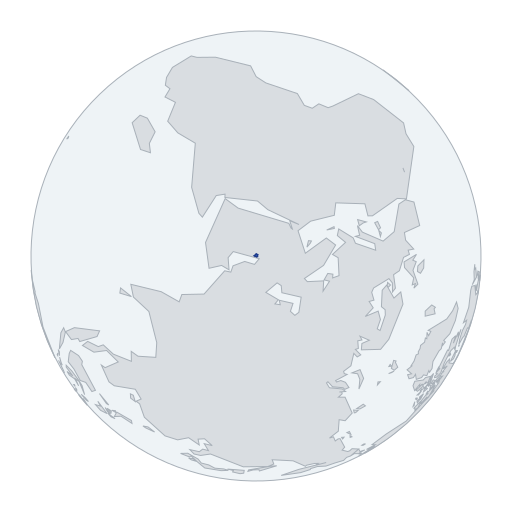 globe centered on Al Ahmadi, rotated 136°
{"feature_id": "KWT-1665", "entity_name": "Al Ahmadi", "entity_type": "Province", "adm_level": 1, "iso_a3": "KWT", "parent_name": "Kuwait", "parent_adm1": "", "projection": "orthographic", "projection_center": [48.089, 28.9], "detail": "coarse", "context": "on_globe", "style": "filled", "palette": "blue", "viewbox_px": 512, "rotation_deg": 136, "n_neighbors": 0, "source": "natural_earth", "source_scale": "10m", "svg_char_len": 10846}
<svg xmlns="http://www.w3.org/2000/svg" viewBox="0 0 512 512"><g transform="rotate(136 256 256)"><circle cx="256" cy="256" r="225" fill="#eef3f6" stroke="#a8b0b8"/><path d="M280.5,32.1L284.7,32.6L291.0,33.5L294.1,34.0L290.7,33.5L299.5,35.0L306.2,36.4L305.4,36.2L314.7,38.5L313.4,38.3L317.1,39.6L314.7,39.4L304.1,36.9L302.3,36.9L309.0,38.7L310.8,40.1L301.3,37.4L303.5,39.7L286.1,37.5L262.5,32.9L251.0,33.8L222.1,35.4L223.0,36.0L212.6,37.9L209.7,39.5L205.2,40.0L206.8,41.0L211.5,40.4L213.8,40.7L212.6,41.8L206.5,42.3L206.3,41.9L203.9,42.6L201.4,42.5L201.9,43.2L194.7,44.1L199.9,45.0L192.6,47.2L188.4,47.4L191.4,45.0L189.0,41.8L185.7,42.3L178.0,44.9L157.9,53.9L153.1,55.9L144.8,60.3L146.2,59.9L153.2,56.4L153.8,57.4L162.3,53.7L163.8,53.8L171.5,51.5L167.5,54.5L159.5,58.9L152.8,61.2L149.1,63.5L153.1,63.9L138.6,71.3L125.2,82.3L121.7,84.4L119.1,82.7L124.8,75.5L121.4,75.8L120.7,78.7L112.1,84.7L109.5,87.2L108.3,89.0L110.4,88.1L106.9,91.0L106.2,88.7L109.4,85.9L109.6,86.5L112.2,83.5L111.7,83.0L107.4,86.7L108.0,86.2L121.1,75.5L135.0,65.9L149.6,57.4L164.8,50.0L180.5,43.7L196.7,38.7L213.1,34.8L229.8,32.2L246.7,30.9L263.6,30.8L280.5,32.1ZM31.1,268.6L31.1,269.6L33.3,287.4L35.0,299.5L35.4,301.7L32.6,285.2L31.1,268.6ZM318.0,39.8L319.9,40.3L321.1,40.8L318.0,39.8ZM173.2,50.1L172.4,50.8L171.4,50.8L173.2,50.1ZM177.4,48.6L176.8,48.1L178.7,47.4L179.0,47.7L177.4,48.6ZM318.5,41.1L319.7,42.1L316.6,40.6L318.5,41.1ZM177.6,49.4L182.1,46.2L185.4,44.9L189.4,45.1L177.6,49.4ZM319.3,42.4L322.5,45.5L326.9,46.5L316.2,45.8L317.0,43.1L312.4,40.9L317.0,42.3L319.3,42.4ZM213.6,39.7L208.5,40.4L213.9,38.9L213.6,39.7ZM216.4,38.7L229.7,34.7L236.6,34.6L230.7,35.8L240.6,35.3L237.4,37.1L231.3,37.9L227.5,37.4L229.2,38.6L216.4,38.7ZM309.7,45.2L308.9,45.8L307.7,44.8L309.7,45.2ZM215.1,40.8L217.2,39.8L223.3,39.6L220.3,41.6L219.3,41.0L215.1,40.8ZM244.7,34.4L248.7,34.9L247.2,36.4L248.6,36.9L237.9,37.2L244.7,34.4ZM217.3,41.6L218.6,42.6L214.6,43.8L213.5,41.8L217.3,41.6ZM226.2,38.8L228.9,38.8L226.4,39.4L226.2,38.8ZM201.1,49.4L203.4,47.8L206.8,47.5L201.1,49.4ZM219.4,43.0L220.7,42.6L222.3,42.4L222.3,43.4L219.4,43.0ZM237.6,38.5L236.2,39.2L241.9,38.4L241.0,39.8L234.1,39.9L236.7,40.5L236.4,41.0L231.1,40.6L237.6,38.5ZM227.2,43.9L218.0,45.1L212.9,47.9L209.8,48.2L218.5,43.7L227.2,43.9ZM229.9,41.9L227.5,43.2L224.8,42.7L224.8,41.6L229.9,41.9ZM242.9,40.9L246.1,38.6L247.5,38.7L242.9,40.9ZM226.2,44.8L228.4,44.5L226.2,45.0L226.2,44.8ZM238.4,42.1L239.3,41.2L240.9,41.3L238.4,42.1ZM232.1,44.9L229.2,45.2L229.1,44.3L232.1,44.9ZM235.4,43.7L237.4,44.1L230.8,43.9L235.6,43.2L235.4,43.7ZM239.8,42.4L241.0,42.2L239.1,42.8L239.8,42.4ZM234.2,48.3L226.0,48.2L225.8,46.2L233.8,46.5L234.2,48.3ZM62.7,286.8L57.4,249.2L63.2,239.7L66.4,225.1L108.1,192.6L114.4,199.3L144.3,204.0L147.6,207.1L141.4,217.9L161.7,238.8L171.4,230.9L192.5,243.1L208.2,245.0L218.6,223.7L192.9,220.1L191.1,208.6L213.9,202.3L236.8,206.2L236.9,201.9L224.6,191.1L232.2,184.1L220.6,186.8L223.6,191.5L216.5,193.6L213.3,189.5L216.1,187.0L209.9,184.2L198.1,197.7L199.9,204.0L182.1,203.6L183.3,214.2L177.7,218.0L173.5,201.5L175.6,196.1L165.9,177.0L162.0,182.4L170.9,201.1L167.1,198.9L161.9,207.4L162.9,199.3L154.2,178.4L139.7,177.5L117.1,194.1L109.5,192.7L104.9,185.1L117.1,164.2L132.9,169.8L137.4,163.4L137.7,151.4L142.5,154.5L144.5,150.6L150.8,152.5L163.1,145.8L170.0,147.0L178.1,136.0L182.8,135.3L176.6,141.9L176.1,147.4L193.6,151.3L198.0,149.5L201.8,142.3L206.2,144.7L207.7,137.3L219.4,136.6L206.4,131.5L210.6,123.9L219.4,119.4L218.5,116.2L204.0,123.7L200.4,127.7L201.0,132.4L189.0,143.7L182.3,144.3L186.0,129.9L176.8,129.6L183.7,119.3L218.4,103.8L231.2,102.3L245.4,115.3L240.6,119.5L233.0,116.7L236.9,126.1L238.1,122.0L241.7,124.3L246.6,118.4L249.4,119.8L249.3,112.1L253.3,113.1L253.3,118.0L264.0,111.1L273.1,112.2L274.2,110.1L272.7,107.5L285.3,111.1L285.6,109.4L281.5,107.5L279.4,103.0L280.5,96.8L284.8,98.4L284.9,100.8L291.8,108.8L291.6,115.6L293.5,115.7L294.7,110.2L286.3,100.4L285.7,96.3L290.5,100.3L288.7,98.5L289.8,97.0L294.8,97.2L290.0,92.6L295.9,76.2L306.3,75.6L309.9,80.5L318.5,72.8L329.6,74.0L325.9,72.1L327.5,67.9L324.0,67.4L322.4,66.2L325.0,56.9L328.9,56.5L325.8,51.6L323.9,50.8L320.8,50.7L316.2,45.8L326.9,46.5L330.7,48.2L334.9,48.1L343.0,52.3L351.6,56.3L358.1,61.9L364.4,65.1L365.3,64.7L374.4,69.2L390.3,80.7L373.5,72.8L349.0,58.7L358.7,64.2L355.3,63.6L358.1,66.2L365.0,70.4L366.5,70.4L371.6,82.9L385.9,98.2L387.7,94.0L393.7,96.3L411.6,113.2L426.3,145.2L434.4,151.0L438.1,156.6L438.1,162.7L432.7,154.6L428.5,154.1L425.4,149.0L423.6,157.0L419.2,150.0L420.0,160.3L424.9,164.5L428.1,159.5L430.7,172.1L440.1,178.2L446.4,189.8L448.3,217.6L442.4,230.5L443.1,234.8L438.0,232.9L435.4,244.0L448.1,261.1L449.2,267.6L443.0,285.0L442.1,280.5L428.7,275.5L429.1,291.8L439.4,299.4L443.0,312.2L436.4,311.5L432.4,300.4L427.6,298.2L426.8,284.5L418.8,266.8L412.0,274.1L410.5,265.9L398.5,252.7L387.6,262.6L371.6,290.5L372.7,311.6L365.7,322.6L349.0,296.2L343.1,276.4L336.1,279.8L319.8,264.7L288.8,267.1L285.3,261.9L279.3,264.9L267.9,259.9L262.9,251.0L255.6,251.8L269.3,275.0L277.2,274.2L285.0,264.8L287.3,273.1L298.3,279.8L282.9,300.8L238.3,318.7L235.6,302.9L209.7,256.7L211.4,251.7L211.3,251.1L211.1,250.1L207.2,258.0L203.2,248.8L215.3,281.1L216.7,294.5L237.7,319.7L235.3,322.0L242.6,327.1L267.6,321.2L267.4,326.4L254.6,350.1L221.3,379.3L226.7,398.9L225.9,414.3L207.2,422.5L211.0,433.6L201.7,436.1L202.6,441.8L196.3,446.6L185.1,449.7L163.6,444.9L160.5,439.9L147.1,427.2L127.8,396.5L131.3,384.9L128.7,373.7L113.4,344.1L116.6,330.8L112.9,323.2L105.1,321.8L101.1,312.6L96.6,310.5L69.6,301.6L62.7,286.8ZM90.9,213.1L89.1,217.3L90.9,213.1ZM259.5,222.0L274.2,223.0L270.3,209.0L275.7,208.4L272.4,204.1L270.0,208.0L262.3,196.2L269.7,192.3L269.3,186.3L264.3,185.7L252.1,195.0L262.9,211.6L258.4,217.2L259.5,222.0ZM112.2,84.8L112.1,85.1L110.2,87.3L109.8,87.1L112.2,84.8ZM110.0,93.4L104.3,98.1L108.0,94.4L106.3,94.7L112.0,87.7L120.3,85.1L115.5,87.3L110.0,93.4ZM121.9,78.5L117.3,82.7L122.0,78.2L121.9,78.5ZM149.7,129.3L150.6,132.7L146.5,136.4L137.8,136.6L143.7,130.9L149.7,129.3ZM153.0,136.7L159.1,123.3L164.8,123.2L160.5,125.4L163.7,126.7L157.7,130.7L157.2,144.5L153.6,148.9L139.4,145.7L146.1,144.1L144.7,140.6L153.0,136.7ZM164.6,94.3L167.3,90.0L176.1,95.2L172.6,98.8L163.6,98.7L162.6,94.5L164.6,94.3ZM183.8,50.9L184.3,50.0L185.9,49.7L186.9,50.3L183.8,50.9ZM201.9,48.7L183.5,55.3L183.1,54.3L172.8,60.0L167.7,60.0L174.6,56.2L163.0,60.8L167.1,57.4L159.4,60.9L175.1,52.4L178.4,50.0L176.7,52.6L181.2,52.6L184.2,51.9L195.0,48.2L204.3,43.6L210.3,43.4L212.1,44.5L210.7,45.5L207.3,45.2L208.0,46.9L202.0,47.3L201.9,48.7ZM229.4,65.3L225.9,63.2L226.4,69.2L220.3,68.6L220.8,69.3L215.3,70.6L209.5,73.6L207.1,72.8L205.8,74.4L202.2,75.5L199.7,77.4L194.6,76.9L191.1,79.4L190.6,77.8L186.0,82.3L187.2,78.8L182.6,80.3L183.8,82.9L162.5,78.2L152.6,80.0L143.7,83.6L147.0,77.9L157.4,71.1L170.6,65.4L179.6,64.9L179.5,62.7L183.7,62.0L182.1,64.0L187.2,60.6L190.3,60.6L202.0,57.2L207.5,52.8L211.9,51.8L211.3,53.5L216.2,51.3L218.1,54.1L221.3,53.5L226.4,55.9L223.4,60.1L227.2,59.2L231.2,61.4L229.4,65.3ZM235.4,49.0L233.2,53.6L228.8,55.6L221.8,50.6L218.6,50.8L214.0,48.2L220.5,45.4L221.2,46.4L223.4,46.6L220.5,47.4L224.5,47.0L225.6,48.4L229.0,48.6L227.4,49.9L235.4,49.0ZM153.0,203.9L155.9,205.3L160.7,206.0L157.6,211.6L153.0,203.9ZM146.8,189.8L149.6,189.8L147.5,197.5L144.5,196.4L146.8,189.8ZM153.0,183.6L149.9,189.2L149.8,185.5L153.0,183.6ZM179.4,141.7L182.7,141.6L182.3,143.4L179.7,145.6L179.4,141.7ZM229.5,85.3L228.2,83.2L229.6,82.6L231.3,77.5L235.9,77.8L236.7,81.1L229.5,85.3ZM213.2,227.0L207.6,230.6L205.7,228.3L208.0,227.5L213.2,227.0ZM180.5,221.4L187.1,225.6L179.5,222.9L180.5,221.4ZM234.8,84.8L235.0,82.6L237.2,84.2L234.8,84.8ZM239.4,77.9L242.3,79.3L236.6,77.3L239.4,77.9ZM309.0,471.3L311.0,471.6L307.3,472.4L309.0,471.3ZM265.1,412.8L252.5,437.9L241.6,437.8L238.4,430.6L242.3,415.4L254.5,411.1L260.2,403.6L265.1,412.8ZM465.9,323.9L467.8,322.1L467.6,323.1L465.9,323.9ZM464.0,323.6L466.6,320.8L463.2,326.1L464.0,323.6ZM467.5,319.7L470.1,314.8L471.2,312.0L470.8,314.1L467.5,319.7ZM462.1,325.7L449.7,336.3L444.2,338.0L446.0,333.7L454.9,327.9L462.1,325.7ZM445.5,333.9L436.4,330.6L420.5,310.8L426.3,308.5L442.2,316.9L441.3,320.3L446.8,324.1L445.5,333.9ZM465.5,301.1L464.5,310.4L458.1,315.6L454.9,316.9L452.8,307.6L454.0,300.9L456.8,298.9L464.8,270.9L468.2,272.5L466.3,283.4L468.9,288.5L465.5,301.1ZM373.8,313.3L379.7,323.9L375.6,327.1L373.8,313.3ZM466.1,253.7L464.2,265.8L465.4,251.1L466.1,253.7ZM465.6,241.0L466.8,245.1L464.6,242.4L465.6,241.0ZM444.9,240.9L442.1,244.1L441.0,241.1L444.0,235.2L444.9,240.9ZM451.2,199.8L454.7,208.8L455.4,212.3L452.4,208.0L451.2,199.8ZM274.4,88.8L267.0,95.1L264.7,100.7L268.2,105.3L260.1,102.0L263.6,93.2L274.4,88.8ZM292.8,77.4L289.7,74.0L293.1,74.1L294.3,74.9L292.8,77.4ZM289.5,76.3L281.8,74.9L281.4,72.2L287.5,73.8L289.5,76.3ZM258.2,78.9L255.7,80.7L253.9,79.2L258.2,78.9ZM428.0,401.5L427.4,402.1L432.4,396.0L439.7,383.7L440.7,382.9L445.6,372.9L458.6,352.8L469.3,327.2L471.3,322.5L465.2,339.6L457.8,356.1L449.1,372.1L439.1,387.2L428.0,401.5ZM470.5,318.1L473.9,307.6L475.0,304.9L470.5,318.1ZM480.3,277.3L479.8,279.8L479.7,277.3L480.5,272.0L479.3,273.6L480.7,266.5L480.7,272.6L481.1,265.7L480.3,277.3ZM479.3,285.7L479.1,287.0L479.4,284.6L479.6,283.8L479.3,285.7ZM476.7,287.7L476.5,290.2L475.9,289.7L476.7,287.7ZM477.6,284.6L479.0,283.0L477.3,286.9L477.6,284.6ZM470.4,288.7L471.2,292.9L473.8,285.8L471.8,293.6L473.0,300.0L472.1,304.2L471.1,297.1L469.7,307.9L468.4,309.3L468.3,301.6L469.9,289.6L471.1,283.7L475.6,275.3L470.4,288.7ZM477.8,278.0L477.3,272.7L477.6,267.7L478.2,269.9L477.8,278.0ZM474.7,260.6L472.1,256.1L470.7,261.4L472.6,246.1L475.0,252.9L474.7,260.6ZM471.0,246.9L469.8,251.8L470.4,243.4L471.0,246.9ZM468.9,249.9L467.7,245.1L469.2,243.9L468.9,249.9ZM471.8,245.9L470.4,236.9L472.0,241.0L471.8,245.9ZM464.4,234.5L469.4,238.9L464.6,240.5L459.9,224.2L461.5,221.7L464.4,234.5ZM444.8,157.5L441.9,153.7L442.1,150.7L444.1,154.2L444.8,157.5ZM440.1,139.1L441.2,148.7L441.6,157.2L443.5,157.8L447.4,166.4L442.1,161.5L438.7,150.1L439.2,145.1L435.1,138.5L433.0,132.0L427.1,125.2L424.8,121.0L430.2,125.8L440.1,139.1ZM424.5,122.5L413.4,110.0L415.7,108.3L418.7,110.5L422.8,116.9L421.3,117.4L424.5,122.5ZM411.4,106.7L409.9,107.3L390.4,93.8L386.8,90.7L402.9,99.0L402.3,100.2L406.7,104.1L411.4,106.7ZM311.4,46.4L309.2,45.9L311.0,45.8L311.4,46.4ZM320.4,66.1L318.5,64.5L320.8,64.2L320.4,66.1ZM314.3,60.1L313.1,61.5L312.6,59.3L314.3,60.1ZM310.7,64.9L311.7,61.7L313.3,65.8L310.7,64.9Z" fill="#d9dde1" stroke="#a8b0b8" stroke-width="1"/><path d="M254.5,257.4L254.3,257.1L254.2,257.1L254.2,256.8L254.1,256.5L254.0,256.0L253.8,255.7L254.1,255.5L254.8,255.4L255.0,254.8L255.2,254.6L255.3,254.7L255.3,254.9L255.8,254.8L256.1,254.8L256.2,255.5L256.3,255.7L256.5,255.9L256.5,256.0L256.7,256.3L256.8,256.5L257.0,256.6L257.0,256.8L257.0,257.0L256.9,256.9L256.9,257.0L257.0,257.0L257.1,257.3L254.5,257.4Z" fill="#3b82f6" stroke="#1e3a8a" stroke-width="1.5"/></g></svg>